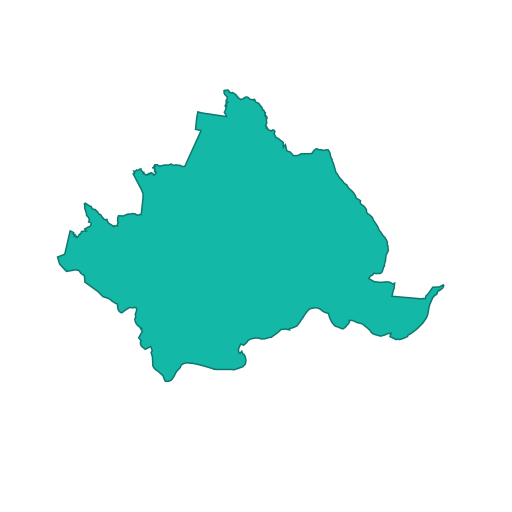 Tampacán, San Luis Potosí, Mexico, rotated 289°
{"feature_id": "50627088B27079735584148", "entity_name": "Tampacán", "entity_type": "district", "adm_level": 2, "iso_a3": "MEX", "parent_name": "Mexico", "parent_adm1": "San Luis Potosí", "projection": "orthographic", "projection_center": [-98.734, 21.409], "detail": "fine", "context": "isolated", "style": "filled", "palette": "teal", "viewbox_px": 512, "rotation_deg": 289, "n_neighbors": 0, "source": "geoboundaries", "source_scale": "gbopen_adm2", "svg_char_len": 6103}
<svg xmlns="http://www.w3.org/2000/svg" viewBox="0 0 512 512"><g transform="rotate(289 256 256)"><path d="M222.6,415.7L223.6,417.5L223.8,419.1L225.8,421.9L229.1,425.4L231.0,425.7L233.4,428.0L239.5,432.0L246.7,435.5L252.9,437.3L257.2,437.4L263.8,436.3L266.8,436.1L274.3,436.7L275.5,437.4L276.9,437.7L277.4,438.4L279.0,439.4L279.6,439.3L280.1,439.6L280.9,439.0L281.5,439.2L281.6,439.4L283.1,440.0L282.9,440.6L286.4,442.9L288.9,443.3L289.7,442.5L287.4,440.2L286.6,439.8L284.0,433.3L276.9,431.3L273.4,429.7L270.9,430.1L270.5,428.4L269.4,426.5L262.2,397.7L267.0,397.1L270.4,397.1L275.5,395.9L274.1,394.8L274.7,391.2L274.6,389.7L273.9,387.4L271.6,382.3L270.2,376.2L271.4,369.9L274.0,370.6L276.0,372.4L278.1,373.2L278.6,375.7L280.1,379.4L282.2,380.5L287.2,380.3L288.1,380.7L290.6,380.0L293.6,380.0L299.2,378.7L303.4,379.3L304.8,379.2L306.4,378.1L308.1,377.7L309.8,376.2L311.3,376.0L313.7,374.1L314.3,373.0L315.2,372.3L316.7,369.4L319.2,366.2L320.0,364.6L324.0,360.9L328.3,355.1L329.4,354.3L330.6,353.0L332.2,349.2L332.2,347.9L333.3,346.4L335.4,345.5L336.7,344.3L338.5,341.3L339.0,338.7L339.6,337.9L340.6,337.1L342.3,336.8L343.4,331.8L345.2,330.5L347.3,328.0L348.4,326.2L350.5,321.3L352.7,318.8L353.5,315.8L355.7,312.4L357.0,309.9L358.9,307.3L360.2,306.1L360.9,304.5L368.4,299.3L370.7,297.1L372.0,296.6L373.9,294.5L377.7,292.2L379.8,289.8L379.3,287.8L377.6,285.2L377.8,283.2L377.0,281.0L377.2,279.0L376.8,277.8L374.3,276.3L371.0,275.4L367.1,265.0L365.9,264.2L364.5,262.6L363.1,258.7L365.4,254.7L365.5,250.9L370.8,247.6L367.8,246.4L372.2,244.9L374.2,239.2L374.7,236.0L375.2,235.8L376.6,234.1L377.6,233.4L379.8,233.3L380.3,233.0L380.9,231.1L379.2,229.8L379.5,229.5L379.2,227.0L379.5,226.3L380.0,226.0L380.2,224.7L380.5,225.0L381.3,224.3L381.8,223.9L381.3,223.6L381.8,222.9L382.7,222.5L385.0,222.9L388.7,221.2L389.4,221.1L389.7,221.6L390.5,220.9L391.0,221.0L391.3,220.6L391.0,220.2L391.4,219.9L391.0,219.6L391.1,219.2L392.2,219.2L392.3,218.6L394.5,218.2L394.4,217.5L395.5,216.9L396.3,215.7L396.2,214.5L397.0,214.5L399.0,212.5L398.9,212.1L401.2,209.0L401.5,205.4L403.6,203.8L403.5,203.0L402.6,202.8L402.6,201.1L402.1,199.4L403.2,197.4L403.4,195.5L402.7,194.2L400.3,192.4L399.1,191.0L399.6,188.1L402.0,184.5L402.7,181.9L402.9,180.7L402.2,179.8L402.3,178.4L402.1,177.3L403.1,176.9L403.9,175.3L402.7,173.8L402.7,172.8L401.9,171.9L401.1,172.2L399.7,172.8L398.4,174.2L397.0,176.9L395.6,177.6L394.5,177.5L393.9,177.1L392.2,177.5L392.4,179.1L391.9,179.3L390.6,178.0L388.4,179.3L388.7,178.0L387.5,178.1L387.0,179.4L382.6,179.6L381.7,179.2L378.8,182.5L378.2,182.7L373.6,158.0L373.4,154.1L367.2,155.0L356.1,157.6L356.7,162.9L356.2,163.2L317.6,159.5L316.7,157.5L316.7,156.3L317.1,155.0L316.5,153.3L316.5,152.4L315.9,150.3L315.3,149.6L314.9,148.4L315.3,145.7L313.6,143.8L313.3,142.8L312.6,142.0L312.6,140.5L309.9,136.1L309.6,134.4L310.2,132.8L309.3,130.6L307.9,130.4L308.1,131.2L307.4,131.3L306.0,129.7L305.7,130.0L306.1,130.2L306.4,130.9L305.4,132.1L304.8,131.8L304.3,132.7L302.9,132.6L303.1,133.7L302.3,133.8L302.3,134.3L302.1,134.4L301.5,134.0L300.6,134.1L299.0,133.0L300.2,132.0L300.6,130.5L300.5,129.5L299.4,129.6L299.1,129.0L299.5,128.5L298.9,127.4L298.1,127.6L297.4,127.2L297.6,126.7L296.8,125.3L297.3,124.3L297.2,123.5L298.0,123.0L297.6,122.9L297.4,122.4L298.9,121.4L299.0,120.5L299.5,119.8L300.9,118.8L300.0,117.9L300.7,117.4L299.9,117.6L299.2,117.2L298.3,115.7L298.4,115.0L296.8,114.5L296.4,112.7L295.2,114.1L294.6,114.1L293.7,113.1L281.2,126.3L278.0,129.0L274.3,130.2L257.8,134.0L257.7,132.9L256.1,131.4L256.3,130.4L255.9,129.7L256.0,129.1L256.8,128.3L256.6,128.4L255.8,125.0L254.6,123.5L254.1,121.4L250.6,117.4L249.3,112.9L247.4,112.8L243.6,113.9L242.9,114.7L240.4,114.7L239.5,115.4L238.2,111.8L237.6,111.9L239.3,105.4L242.1,103.0L241.4,102.5L241.2,100.4L242.0,99.4L242.6,97.8L243.0,97.6L244.6,95.4L244.3,94.5L245.2,92.7L246.5,91.7L246.3,91.0L247.1,89.6L247.6,89.2L247.4,87.2L247.0,86.2L249.2,83.9L249.0,82.7L250.4,77.5L249.3,76.7L248.3,77.5L245.3,78.6L240.9,81.9L239.2,82.6L237.9,85.0L236.1,86.7L233.7,86.6L233.7,88.9L233.2,89.6L232.3,89.8L229.7,89.3L228.4,87.4L226.8,86.5L226.6,85.9L225.7,85.2L224.4,87.4L222.4,83.0L219.6,83.1L219.2,82.0L216.7,81.5L215.1,80.7L215.6,79.9L216.3,79.6L216.1,79.0L215.4,78.5L215.4,77.8L216.3,77.5L217.3,77.8L217.0,76.5L217.6,75.9L218.5,76.2L219.0,74.6L219.2,72.1L195.4,74.6L190.4,68.7L184.4,73.0L179.7,81.8L184.2,89.9L184.6,93.4L182.6,96.0L181.5,100.2L175.6,102.7L170.9,118.3L167.7,124.6L167.9,130.4L166.9,133.9L166.5,134.3L165.5,138.8L165.4,140.7L162.2,142.0L160.8,142.9L159.5,144.2L158.6,146.0L158.5,147.4L159.6,148.4L161.6,149.5L166.2,153.3L166.9,156.6L168.0,158.3L167.7,160.1L167.2,160.4L164.7,160.9L161.5,160.9L159.4,162.1L156.9,162.0L154.6,163.3L153.3,164.5L151.7,166.9L150.4,171.0L150.1,170.3L148.6,171.8L147.9,173.1L140.5,171.7L138.6,174.8L137.1,174.8L135.1,175.5L133.5,176.9L131.7,181.7L136.2,185.9L132.7,188.7L130.7,188.2L126.9,190.9L118.5,194.3L117.3,195.5L115.8,198.0L115.3,200.4L112.6,206.9L108.3,210.6L108.1,211.6L108.9,213.7L110.6,216.0L111.9,216.7L115.3,217.6L120.8,218.4L125.9,220.7L128.3,220.7L130.4,222.2L132.3,224.9L134.1,232.1L134.9,240.3L135.4,250.6L135.2,253.4L135.7,253.8L135.7,255.1L140.9,270.3L141.2,272.2L146.9,279.5L150.4,281.1L154.1,280.5L156.5,279.1L158.9,277.0L159.2,275.5L161.3,273.5L158.6,272.6L159.5,271.0L161.6,269.9L164.1,269.8L167.9,270.2L167.6,273.4L171.2,275.4L173.7,276.1L175.5,277.7L176.6,279.2L178.5,282.7L179.3,285.6L179.2,287.8L180.5,291.2L183.5,295.4L184.1,296.9L191.0,301.7L194.8,303.7L196.4,307.2L197.1,311.8L198.0,311.1L200.9,315.1L203.2,317.4L207.0,318.8L211.2,319.8L213.8,320.7L216.0,321.0L221.2,322.8L222.7,323.6L224.1,324.8L224.9,326.2L226.3,328.8L226.9,330.8L226.6,334.4L225.6,336.9L225.2,338.8L225.1,341.2L225.4,342.9L224.6,343.7L221.6,345.7L217.9,349.4L215.6,353.3L215.4,354.6L215.6,356.3L215.2,361.0L215.5,362.1L217.6,363.6L222.6,365.6L224.6,365.8L225.5,365.2L226.2,367.0L226.5,369.0L226.0,372.9L226.3,377.4L226.6,378.0L224.0,385.3L222.6,388.4L221.6,389.4L220.9,390.6L220.4,393.3L220.8,399.9L223.1,403.3L226.1,406.6L226.1,407.8L226.9,408.9L223.4,408.9L222.6,415.7Z" fill="#14b8a6" stroke="#0f766e" stroke-width="1.5"/></g></svg>